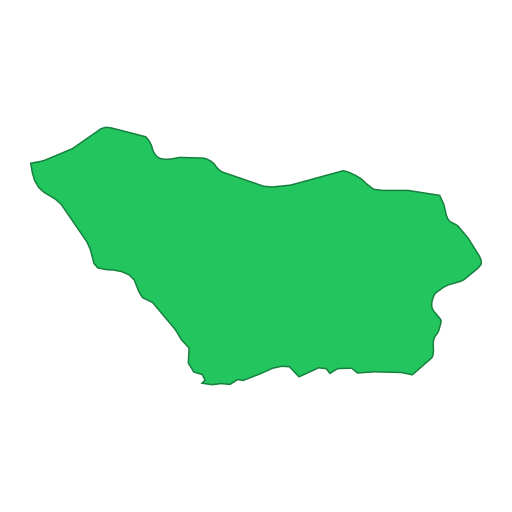 outline of Colonia
{"feature_id": "URY-4", "entity_name": "Colonia", "entity_type": "Department", "adm_level": 1, "iso_a3": "URY", "parent_name": "Uruguay", "parent_adm1": "", "projection": "mercator", "projection_center": [-57.607, -34.127], "detail": "fine", "context": "isolated", "style": "filled", "palette": "green", "viewbox_px": 512, "rotation_deg": 0, "n_neighbors": 0, "source": "natural_earth", "source_scale": "10m", "svg_char_len": 1749}
<svg xmlns="http://www.w3.org/2000/svg" viewBox="0 0 512 512"><path d="M412.3,374.8L401.4,372.5L374.2,371.8L357.4,373.0L351.8,368.2L337.7,368.6L329.9,373.4L326.2,368.6L318.4,367.8L309.8,371.9L299.0,376.8L289.4,366.7L281.6,366.3L272.7,368.2L260.4,373.7L243.3,380.4L237.7,379.6L229.9,384.4L221.0,383.6L212.0,384.7L202.0,383.2L205.0,380.2L202.4,374.6L193.8,372.0L188.3,363.0L189.1,348.1L181.4,339.7L175.3,329.6L152.6,302.5L142.6,297.7L139.0,292.0L134.2,279.9L128.9,274.7L121.3,271.5L113.2,270.0L106.1,269.6L97.8,267.9L94.0,263.5L90.4,249.6L86.9,241.8L61.0,204.1L55.4,199.2L43.9,192.2L38.9,187.7L34.7,180.6L32.4,173.0L30.7,163.2L30.9,163.2L40.7,161.4L44.9,160.2L72.5,148.6L101.0,128.7L105.9,127.3L111.2,127.9L145.7,136.8L147.3,138.5L149.2,141.1L150.1,142.6L151.6,146.0L152.7,149.7L153.4,151.5L155.2,154.6L156.3,155.9L157.4,156.9L158.2,157.5L159.6,158.2L161.9,158.9L165.1,159.3L170.5,159.1L179.7,157.4L203.6,158.1L206.6,159.0L210.8,161.1L213.0,162.8L214.7,164.5L215.3,165.5L215.8,166.1L215.4,165.7L217.4,168.2L218.8,169.6L221.8,171.8L263.5,186.2L272.1,187.0L290.6,185.1L343.3,170.7L348.9,172.3L355.5,175.4L361.3,178.9L366.5,183.8L372.3,188.3L373.9,189.3L382.6,190.4L407.8,190.4L439.7,195.4L443.8,204.4L446.4,215.4L447.7,218.6L449.2,220.8L450.7,221.9L455.9,224.6L458.1,226.2L468.1,238.1L479.4,256.1L481.1,260.0L481.3,262.4L481.2,263.5L480.9,264.6L480.2,265.5L478.1,268.1L464.6,279.2L463.2,280.1L460.9,281.2L447.9,285.0L443.0,287.6L435.7,292.9L434.3,294.8L433.1,297.6L431.8,302.4L431.7,305.5L432.1,307.9L432.9,309.6L433.8,311.2L439.9,318.4L441.1,320.5L440.9,323.0L438.7,330.7L437.2,333.6L435.3,335.8L433.6,339.8L433.2,343.8L433.5,351.0L433.1,354.5L432.3,357.0L431.1,358.4L412.3,374.8L412.3,374.8Z" fill="#22c55e" stroke="#15803d" stroke-width="1.5"/></svg>